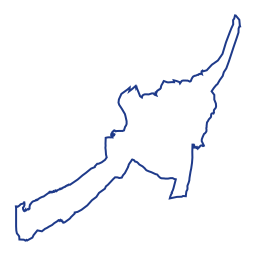 the district of Karatu, Arusha, United Republic of Tanzania
{"feature_id": "72390352B22674606658861", "entity_name": "Karatu", "entity_type": "district", "adm_level": 2, "iso_a3": "TZA", "parent_name": "United Republic of Tanzania", "parent_adm1": "Arusha", "projection": "equal_earth", "projection_center": [35.413, -3.487], "detail": "fine", "context": "isolated", "style": "outline", "palette": "blue", "viewbox_px": 256, "rotation_deg": 0, "n_neighbors": 0, "source": "geoboundaries", "source_scale": "gbopen_adm2", "svg_char_len": 5716}
<svg xmlns="http://www.w3.org/2000/svg" viewBox="0 0 256 256"><path d="M214.0,112.5L213.8,111.3L214.0,110.1L214.2,109.7L215.6,108.0L216.0,106.9L216.1,106.1L216.0,105.0L215.9,103.6L214.3,99.6L214.3,94.9L211.6,91.3L213.9,87.9L216.2,85.1L217.4,84.2L219.8,80.0L222.7,76.0L223.8,72.2L226.3,68.4L228.9,61.3L233.6,47.0L236.9,37.4L238.5,32.5L238.6,28.5L239.4,26.5L240.1,26.4L239.8,25.3L239.3,19.8L235.7,15.5L235.0,15.4L234.2,18.6L233.1,20.1L233.2,24.4L231.4,28.2L230.0,31.7L226.0,42.3L222.5,53.9L217.9,60.5L211.9,64.7L206.7,70.3L203.1,71.3L202.6,70.6L202.0,71.1L201.7,71.2L201.6,71.3L201.5,72.7L201.7,73.3L201.9,74.1L201.4,73.8L201.1,73.6L200.8,73.6L200.1,74.1L199.4,73.9L199.0,74.1L198.9,74.3L198.5,74.5L198.4,74.7L198.2,74.6L195.5,75.7L194.6,75.8L193.1,76.6L192.3,77.7L191.3,79.6L191.2,80.2L190.9,80.8L190.7,81.2L190.0,81.5L189.5,81.5L188.7,81.0L187.6,80.6L183.4,80.5L182.4,80.7L182.0,80.8L181.6,81.1L180.0,83.4L179.5,82.1L176.5,81.0L173.7,80.3L174.0,81.3L174.1,82.2L172.2,82.1L168.0,82.4L166.7,82.1L163.8,81.0L163.5,81.4L163.0,82.6L161.4,85.4L160.9,87.0L160.9,87.8L160.2,88.8L160.0,89.1L159.4,89.3L158.9,89.6L158.5,90.2L157.8,90.3L157.2,90.8L157.0,91.3L156.5,91.7L156.6,92.5L156.4,92.9L156.2,93.0L156.1,92.8L155.8,92.2L155.5,92.4L155.6,93.3L156.4,95.4L154.6,94.7L153.4,93.4L151.9,93.4L148.8,94.4L145.0,94.3L143.4,94.8L142.4,95.7L141.9,97.5L140.1,96.2L138.5,92.1L136.8,88.0L136.2,85.6L136.2,86.3L135.9,87.3L135.6,86.0L131.9,89.2L129.3,91.2L129.5,90.6L129.7,87.6L127.5,89.5L121.4,93.9L118.9,99.4L118.5,102.6L119.2,104.8L121.9,108.9L124.9,114.0L125.4,115.8L126.6,121.2L126.6,123.9L126.0,125.6L125.2,126.6L124.1,129.9L124.1,130.2L123.9,130.5L122.3,131.0L122.1,130.9L120.7,131.0L120.2,130.9L117.5,131.0L115.7,131.1L115.6,131.3L115.2,131.2L115.0,130.8L114.6,130.4L114.1,130.4L112.7,131.7L112.8,131.9L112.7,132.2L112.4,132.1L112.1,132.7L112.0,133.1L111.7,133.2L111.4,133.7L111.3,134.5L111.1,135.0L111.2,135.4L111.4,135.5L112.3,134.9L112.8,134.4L113.5,134.1L114.4,134.2L114.5,134.5L114.3,134.7L113.9,134.7L113.6,135.0L113.8,135.5L113.0,135.9L112.7,136.2L112.5,137.1L112.5,137.4L112.2,137.3L111.0,137.4L108.4,137.3L107.0,137.5L105.7,137.8L105.5,143.6L105.6,145.8L105.4,147.8L105.7,150.4L106.0,154.6L106.7,157.5L106.4,157.8L105.1,159.8L101.7,162.3L98.7,163.7L97.2,163.8L94.9,166.3L94.8,167.1L91.1,168.6L86.0,172.8L82.6,175.3L77.7,179.5L69.9,184.8L69.5,184.6L68.9,184.7L68.7,184.6L68.2,185.0L67.7,185.1L67.6,185.5L66.6,185.6L66.0,186.2L65.5,186.2L65.0,186.9L64.8,186.9L64.4,187.1L63.8,187.2L63.4,187.6L62.7,187.7L62.4,188.0L62.1,188.2L61.8,188.6L61.4,188.5L61.1,188.8L60.6,188.6L60.0,188.7L59.9,188.9L60.0,189.3L59.2,189.5L58.4,189.7L57.0,190.6L56.4,190.5L56.7,191.0L56.4,191.3L56.2,191.3L55.8,190.8L55.5,190.8L55.2,191.0L54.4,191.5L54.3,191.8L54.1,191.8L53.9,191.1L53.6,191.0L53.3,191.4L53.1,192.0L52.8,192.0L52.3,191.8L52.1,191.8L52.3,192.3L52.1,192.4L51.1,192.4L50.1,191.7L49.8,191.7L49.4,191.9L49.3,192.1L49.5,192.7L48.3,193.1L43.6,196.5L42.4,196.8L40.4,197.7L38.3,199.0L37.8,199.5L37.0,199.6L36.7,199.7L37.0,200.1L36.6,200.3L35.9,200.2L34.9,200.8L33.2,201.3L32.6,201.7L31.7,202.5L30.5,204.2L30.4,204.4L30.2,204.4L29.9,204.9L29.8,205.6L29.5,207.0L29.5,207.8L29.6,208.0L29.5,208.7L28.6,209.5L28.2,209.4L28.0,209.0L27.9,209.0L27.3,209.3L26.1,210.4L25.5,210.7L25.1,210.6L25.1,210.3L24.9,210.6L24.8,210.4L24.6,210.5L24.5,210.8L24.0,210.9L23.8,210.7L23.7,210.2L23.4,209.9L23.0,208.9L23.1,208.2L23.0,207.6L23.7,206.9L24.4,205.4L24.5,203.5L24.3,202.3L24.1,202.3L24.0,202.8L23.7,203.1L22.9,203.6L20.6,204.3L19.7,205.3L19.0,205.9L18.0,206.4L17.7,206.8L16.8,206.8L16.2,206.6L16.2,206.4L15.9,206.4L16.1,208.2L16.1,214.2L16.1,226.4L16.3,230.5L16.9,233.4L18.1,234.8L19.2,236.4L19.4,239.5L23.9,239.7L25.4,240.6L26.5,239.9L27.1,240.5L32.4,237.6L33.6,235.1L37.4,230.4L41.9,231.3L45.2,228.7L46.0,228.4L47.9,227.4L48.3,227.0L52.1,225.0L54.3,223.1L56.9,221.5L58.6,220.1L58.9,220.2L59.3,220.8L59.9,220.2L60.6,220.7L60.8,220.2L61.3,220.8L61.7,220.5L62.0,221.2L62.4,221.3L62.5,221.6L62.8,221.7L63.0,222.3L63.2,222.7L63.7,222.7L65.0,222.1L69.3,219.0L70.3,218.1L70.7,217.4L74.7,213.5L74.7,212.5L77.6,211.9L81.5,209.8L87.3,205.4L92.0,200.2L96.4,196.9L99.0,192.9L104.9,188.7L105.9,186.4L108.0,184.7L113.3,179.0L115.1,177.3L117.6,177.4L119.2,178.0L121.8,177.6L122.9,175.4L124.9,173.1L128.0,167.2L128.0,166.8L128.3,166.4L128.7,164.8L129.1,164.0L131.4,160.7L131.9,159.7L132.2,159.5L133.9,160.1L134.5,160.7L134.7,161.2L135.1,161.6L136.6,161.9L137.1,162.2L138.2,163.2L139.3,164.5L142.6,166.4L144.7,168.3L146.0,169.9L146.7,170.4L148.8,171.3L151.4,172.2L154.6,173.7L155.8,174.2L156.8,174.4L157.3,174.6L158.6,176.3L160.4,177.9L161.7,178.3L164.0,178.4L165.4,178.6L166.5,178.6L168.0,178.6L170.7,178.1L172.6,178.1L174.1,178.9L175.8,179.3L173.5,188.2L172.9,190.1L171.7,192.6L172.0,193.0L171.1,194.5L170.3,196.5L169.8,198.4L176.9,196.9L181.8,196.7L183.0,196.0L185.8,196.2L185.9,195.2L186.3,191.8L186.5,191.1L186.9,190.5L187.4,189.4L187.5,188.1L187.4,186.2L187.5,185.6L188.6,182.8L189.3,180.4L189.5,178.0L190.5,171.8L191.2,168.5L192.0,163.0L192.4,157.7L192.3,151.6L192.5,144.6L193.8,144.6L194.2,145.2L194.3,147.2L194.5,147.1L194.7,146.7L194.8,146.8L195.0,147.3L195.4,147.0L195.6,147.1L195.8,147.7L196.0,147.7L196.6,147.2L196.8,148.0L197.1,147.9L197.7,148.6L197.9,148.2L198.1,148.1L198.0,147.5L198.1,147.3L199.2,147.4L200.3,145.9L200.9,145.5L201.6,145.4L203.0,146.1L203.3,146.0L203.9,145.7L203.3,144.3L202.9,143.7L202.4,142.4L201.8,141.5L201.7,140.1L201.9,139.0L202.7,136.9L204.0,134.0L205.1,133.2L206.1,131.9L206.4,131.3L206.5,130.0L206.3,128.0L206.6,127.2L206.6,125.8L207.0,122.4L208.0,121.0L208.8,119.4L210.8,117.3L211.1,116.3L211.1,114.9L211.4,113.9L212.0,113.4L213.1,113.3L213.5,112.8L213.7,113.1L214.0,112.5Z" fill="none" stroke="#1e3a8a" stroke-width="2"/></svg>